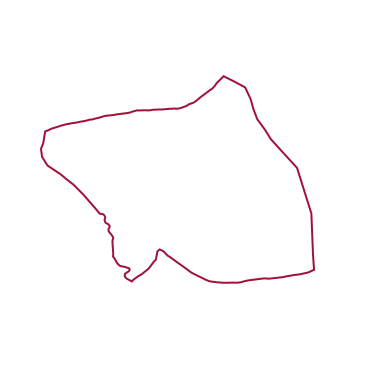 Atsaphangthong, Savannakhét, Laos, rotated 325°
{"feature_id": "54806243B41596268770013", "entity_name": "Atsaphangthong", "entity_type": "district", "adm_level": 2, "iso_a3": "LAO", "parent_name": "Laos", "parent_adm1": "Savannakhét", "projection": "equal_earth", "projection_center": [105.275, 16.699], "detail": "fine", "context": "isolated", "style": "outline", "palette": "rose", "viewbox_px": 384, "rotation_deg": 325, "n_neighbors": 0, "source": "geoboundaries", "source_scale": "gbopen_adm2", "svg_char_len": 2441}
<svg xmlns="http://www.w3.org/2000/svg" viewBox="0 0 384 384"><g transform="rotate(325 192 192)"><path d="M284.3,115.3L274.9,116.9L271.3,118.2L267.6,119.0L265.3,118.8L263.3,118.9L258.5,119.1L253.9,119.2L250.7,119.5L247.9,119.7L244.4,119.7L240.5,118.5L239.0,118.4L236.6,118.3L232.6,117.2L229.7,116.3L227.3,115.1L225.9,114.0L225.0,113.1L224.1,112.8L221.9,111.3L219.3,109.8L217.3,108.6L216.0,108.0L214.5,107.0L213.0,105.9L210.6,104.4L208.3,102.9L206.5,101.9L204.7,101.1L203.2,100.3L201.9,99.2L200.5,98.2L198.9,97.1L195.1,94.7L194.4,93.9L192.8,93.2L190.7,92.5L188.7,91.8L186.9,91.4L184.1,90.2L182.0,89.0L180.1,88.0L179.1,87.5L178.2,87.0L176.2,86.0L174.7,85.1L173.2,84.6L172.0,83.9L170.3,83.1L168.4,82.0L166.8,81.0L164.8,80.0L163.1,79.3L161.8,78.9L160.4,78.5L158.6,77.9L155.7,76.7L153.9,76.0L152.1,75.5L150.7,74.6L148.9,73.8L146.8,73.1L143.5,71.7L142.2,71.0L140.1,70.1L137.7,69.1L136.3,68.4L133.6,67.0L131.2,65.9L128.3,64.6L125.1,63.4L123.5,62.8L121.3,62.1L119.8,61.7L118.4,61.2L115.5,60.3L114.4,59.9L113.0,59.5L111.1,59.2L109.4,58.9L107.8,58.5L106.5,58.2L97.9,66.9L93.1,70.0L89.4,77.1L88.8,87.3L92.4,96.7L94.3,101.4L96.7,110.1L99.1,117.9L101.5,132.0L103.3,148.5L104.0,156.9L105.6,158.2L106.4,159.3L106.7,160.1L106.7,161.6L106.5,162.6L105.9,163.6L104.6,164.4L103.8,166.1L103.6,167.8L104.4,169.4L105.1,170.8L105.0,172.8L104.1,173.8L102.8,174.1L101.9,175.0L101.3,176.3L101.2,177.7L101.5,180.5L101.5,182.9L101.1,184.4L100.8,184.9L100.2,185.2L99.7,185.5L99.1,186.3L98.4,186.9L92.2,197.2L90.3,199.7L90.4,202.9L89.8,207.6L90.4,210.6L91.7,212.5L93.9,214.6L95.4,216.7L96.7,218.4L96.7,219.3L96.1,220.1L94.8,220.6L92.7,220.6L90.1,220.6L89.1,221.6L88.5,222.9L88.7,225.2L90.0,227.8L91.4,230.8L93.5,230.3L99.0,230.1L103.7,230.5L112.7,229.9L121.4,227.0L123.4,226.8L127.1,223.3L129.6,220.8L132.5,220.5L134.5,223.8L135.5,230.0L136.5,232.3L138.3,237.4L139.8,241.9L141.4,246.2L142.9,250.6L144.3,255.0L145.4,258.0L147.9,262.6L151.1,268.4L153.0,271.9L155.4,275.5L157.4,277.3L160.9,280.5L165.1,283.9L168.7,286.5L172.5,289.0L175.9,291.4L177.8,292.7L180.3,294.0L183.4,295.0L186.8,296.4L190.3,298.2L197.0,301.7L201.8,304.3L205.2,307.1L208.0,308.6L214.2,312.0L217.6,313.9L220.5,315.0L222.3,315.9L224.9,317.1L228.7,318.9L232.5,321.0L241.1,324.6L244.7,325.2L247.3,325.8L255.4,312.4L277.5,278.0L291.9,232.4L289.2,212.2L286.9,194.0L287.5,183.0L287.2,170.1L289.6,160.2L293.4,149.2L295.5,136.7L289.7,125.3L284.3,115.3Z" fill="none" stroke="#9f1239" stroke-width="2"/></g></svg>